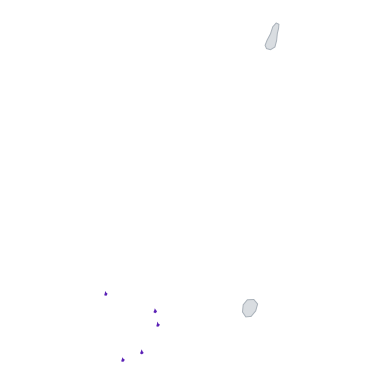 Faafu on a map of Maldives (Natural Earth projection)
{"feature_id": "MDV-5233", "entity_name": "Faafu", "entity_type": "Atoll", "adm_level": 1, "iso_a3": "MDV", "parent_name": "Maldives", "parent_adm1": "", "projection": "natural_earth1", "projection_center": [72.957, 3.195], "detail": "fine", "context": "in_parent", "style": "filled", "palette": "violet", "viewbox_px": 384, "rotation_deg": 0, "n_neighbors": 0, "source": "natural_earth", "source_scale": "10m", "svg_char_len": 1014}
<svg xmlns="http://www.w3.org/2000/svg" viewBox="0 0 384 384"><path d="M274.9,47.0L270.5,49.7L266.5,48.6L265.1,45.3L267.1,40.2L270.5,33.8L272.8,26.8L276.2,23.0L278.9,24.3L278.6,28.2L277.3,33.6L276.6,40.6L274.9,47.0ZM251.1,316.4L245.8,316.9L242.5,312.0L243.2,304.8L247.3,299.8L253.8,299.5L257.6,304.0L255.7,310.9L251.1,316.4Z" fill="#d9dde1" stroke="#a8b0b8" stroke-width="1"/><path d="M155.1,310.1L155.5,310.7L156.0,311.2L156.1,311.6L155.2,312.3L155.1,312.2L154.4,311.9L154.5,311.4L154.9,310.9L155.1,310.1ZM141.7,351.3L142.0,352.0L142.5,352.4L142.7,352.8L141.8,353.5L141.0,353.1L141.1,352.6L141.4,352.1L141.7,351.3ZM157.7,323.8L158.0,324.4L158.6,324.6L158.9,324.8L158.4,325.7L157.3,325.9L157.2,325.5L157.5,324.8L157.7,323.8ZM105.6,293.0L105.9,293.5L106.5,293.7L106.6,293.8L106.3,294.8L105.2,294.9L105.1,294.6L105.4,293.9L105.6,293.0ZM122.7,359.0L123.0,359.5L123.3,359.6L123.5,359.7L123.8,359.9L123.4,360.8L122.2,361.0L122.1,360.6L122.4,359.9L122.7,359.0Z" fill="#8b5cf6" stroke="#5b21b6" stroke-width="1.5"/></svg>